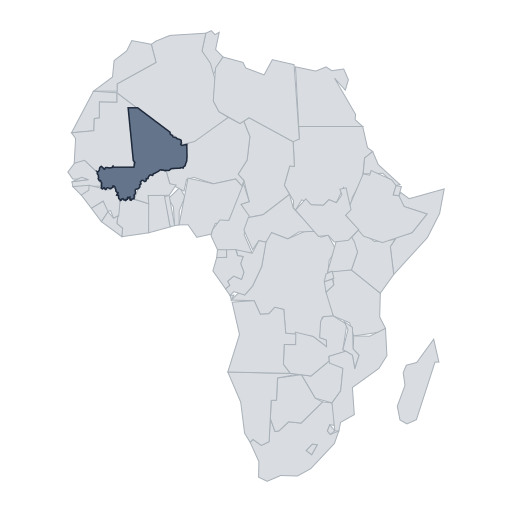 Mali highlighted on a map of Africa
{"feature_id": "MLI", "entity_name": "Mali", "entity_type": "country or territory", "adm_level": 0, "iso_a3": "MLI", "parent_name": "Africa", "parent_adm1": "", "projection": "robinson", "projection_center": [-5.437, 17.569], "detail": "fine", "context": "in_parent", "style": "filled", "palette": "slate", "viewbox_px": 512, "rotation_deg": 0, "n_neighbors": 49, "source": "natural_earth", "source_scale": "50m", "svg_char_len": 15433}
<svg xmlns="http://www.w3.org/2000/svg" viewBox="0 0 512 512"><path d="M351.4,269.9L380.3,293.2L379.7,317.0L385.5,328.4L381.0,332.0L353.7,335.9L349.6,322.8L333.3,316.0L327.3,304.7L326.0,292.1L333.8,284.9L332.1,271.0L351.4,269.9Z" fill="#d9dde1" stroke="#a8b0b8" stroke-width="1"/><path d="M117.0,92.8L117.0,102.3L99.4,102.0L99.4,118.0L94.3,118.5L93.9,130.7L71.5,132.8L93.5,91.2L117.0,92.8Z" fill="#d9dde1" stroke="#a8b0b8" stroke-width="1"/><path d="M326.0,292.1L333.3,316.0L322.2,317.2L319.7,337.6L326.4,340.0L326.6,346.8L313.1,336.5L285.7,333.2L283.8,309.5L274.8,307.3L268.8,313.8L260.3,314.3L254.2,300.7L231.4,300.1L239.3,292.1L244.7,295.0L252.6,286.0L261.7,266.6L266.5,237.7L271.6,232.5L287.8,238.8L305.6,231.1L315.1,231.3L321.0,237.2L328.1,235.2L336.2,250.2L329.2,260.2L326.0,292.1Z" fill="#d9dde1" stroke="#a8b0b8" stroke-width="1"/><path d="M393.7,274.5L390.3,246.6L396.5,237.5L412.0,232.7L427.0,214.0L404.2,206.6L397.8,197.9L400.7,192.4L409.1,198.7L444.2,188.9L439.6,213.5L427.4,237.6L393.7,274.5Z" fill="#d9dde1" stroke="#a8b0b8" stroke-width="1"/><path d="M380.3,293.2L351.4,269.9L357.5,252.1L351.7,237.4L358.7,229.6L374.4,241.5L395.0,239.5L390.3,246.6L393.7,274.5L380.3,293.2Z" fill="#d9dde1" stroke="#a8b0b8" stroke-width="1"/><path d="M299.3,212.6L295.1,209.8L293.2,208.0L293.6,200.9L284.3,185.3L289.7,166.0L294.4,166.5L293.1,139.0L299.3,139.0L298.7,126.5L362.7,126.5L367.5,147.7L372.7,151.5L364.6,158.0L362.5,179.2L352.2,197.6L351.0,209.7L343.5,187.5L336.4,202.7L328.9,199.7L323.4,205.3L311.2,204.8L301.8,199.8L295.5,210.1L299.3,212.6Z" fill="#d9dde1" stroke="#a8b0b8" stroke-width="1"/><path d="M293.1,141.7L294.4,166.5L289.7,166.0L284.3,185.3L289.6,194.4L263.1,214.7L248.3,217.6L240.9,204.3L249.2,201.6L244.0,180.7L238.1,174.2L247.1,160.1L249.9,136.6L243.7,121.2L249.0,117.7L293.1,141.7Z" fill="#d9dde1" stroke="#a8b0b8" stroke-width="1"/><path d="M250.2,442.4L252.9,439.4L261.3,445.4L269.1,441.7L270.4,418.7L275.0,431.5L278.9,430.9L288.6,421.8L301.1,423.1L322.6,401.9L332.0,402.9L335.2,416.2L334.0,425.4L329.8,424.7L327.4,431.0L330.3,434.4L338.8,431.0L334.4,443.5L310.8,468.6L297.4,476.0L280.7,475.5L267.1,481.3L258.6,477.2L258.9,461.7L250.2,442.4ZM317.2,444.8L312.4,444.2L306.2,450.6L311.7,454.7L317.2,444.8Z" fill="#d9dde1" stroke="#a8b0b8" stroke-width="1"/><path d="M317.2,444.8L311.7,454.7L306.2,450.6L312.4,444.2L317.2,444.8Z" fill="#d9dde1" stroke="#a8b0b8" stroke-width="1"/><path d="M332.0,402.9L315.2,398.2L301.3,374.7L311.0,376.0L329.3,360.8L342.9,368.3L340.7,390.8L332.0,402.9Z" fill="#d9dde1" stroke="#a8b0b8" stroke-width="1"/><path d="M322.6,401.9L301.1,423.1L288.6,421.8L278.9,430.9L275.0,431.5L270.4,418.7L271.2,400.4L276.5,400.2L277.5,378.0L301.3,374.7L315.2,398.2L322.6,401.9Z" fill="#d9dde1" stroke="#a8b0b8" stroke-width="1"/><path d="M271.2,400.4L269.1,441.7L261.3,445.4L252.9,439.4L250.2,442.4L244.6,433.2L240.7,402.1L227.8,372.0L300.4,373.7L277.5,378.0L276.5,400.2L271.2,400.4Z" fill="#d9dde1" stroke="#a8b0b8" stroke-width="1"/><path d="M72.7,179.0L67.8,172.0L76.1,161.2L84.6,160.3L97.6,172.7L101.1,186.2L72.8,186.6L71.9,181.8L88.4,179.6L72.7,179.0Z" fill="#d9dde1" stroke="#a8b0b8" stroke-width="1"/><path d="M71.5,132.8L93.9,130.7L94.3,118.5L99.4,118.0L99.4,102.0L117.0,102.3L117.0,92.8L137.1,108.0L128.9,108.1L133.8,167.1L100.4,167.8L97.6,172.7L84.6,160.3L74.2,163.2L75.6,138.5L71.5,132.8Z" fill="#d9dde1" stroke="#a8b0b8" stroke-width="1"/><path d="M179.1,224.9L174.6,225.6L173.4,206.9L168.4,198.6L179.8,187.5L185.0,196.9L179.2,210.8L179.1,224.9Z" fill="#d9dde1" stroke="#a8b0b8" stroke-width="1"/><path d="M243.7,121.2L249.9,136.6L247.1,160.1L238.1,174.2L244.0,180.7L241.8,186.0L235.7,179.0L213.5,183.8L193.9,177.4L186.6,179.4L184.0,191.1L169.7,183.7L166.1,170.7L183.9,166.7L187.0,144.3L228.2,117.4L240.0,123.5L243.7,121.2Z" fill="#d9dde1" stroke="#a8b0b8" stroke-width="1"/><path d="M179.1,224.9L188.0,178.1L213.5,183.8L235.7,179.0L244.0,188.5L228.9,220.4L215.1,223.7L211.2,234.1L196.8,237.3L188.1,224.8L179.1,224.9Z" fill="#d9dde1" stroke="#a8b0b8" stroke-width="1"/><path d="M243.5,183.6L249.2,201.6L240.9,204.3L249.2,215.9L244.1,234.4L252.2,253.2L217.5,249.7L211.1,235.9L212.5,229.7L219.9,220.0L228.9,220.4L243.5,183.6Z" fill="#d9dde1" stroke="#a8b0b8" stroke-width="1"/><path d="M169.1,195.3L174.6,225.6L170.1,226.9L163.9,197.1L169.1,195.3Z" fill="#d9dde1" stroke="#a8b0b8" stroke-width="1"/><path d="M164.3,195.1L170.1,226.9L148.6,232.8L148.1,195.5L164.3,195.1Z" fill="#d9dde1" stroke="#a8b0b8" stroke-width="1"/><path d="M120.1,200.2L130.1,198.2L148.7,203.7L148.6,232.8L121.8,236.7L122.6,228.3L116.9,223.6L120.1,200.2Z" fill="#d9dde1" stroke="#a8b0b8" stroke-width="1"/><path d="M89.1,185.3L108.4,190.0L114.1,187.1L120.1,200.2L118.7,215.9L113.6,218.3L110.6,210.6L106.5,211.8L103.2,201.2L91.4,208.3L81.2,195.0L89.1,185.3Z" fill="#d9dde1" stroke="#a8b0b8" stroke-width="1"/><path d="M72.8,186.6L89.1,185.3L88.8,190.2L81.2,195.0L72.8,186.6Z" fill="#d9dde1" stroke="#a8b0b8" stroke-width="1"/><path d="M117.8,215.9L116.9,223.6L122.6,228.3L121.8,236.7L101.3,221.6L108.0,211.5L113.6,218.3L117.8,215.9Z" fill="#d9dde1" stroke="#a8b0b8" stroke-width="1"/><path d="M91.4,208.3L103.2,201.2L108.0,211.5L101.3,221.6L91.4,208.3Z" fill="#d9dde1" stroke="#a8b0b8" stroke-width="1"/><path d="M134.5,199.2L140.7,181.3L158.2,170.4L166.1,170.7L169.7,183.7L176.1,185.1L169.1,195.3L148.1,195.5L148.7,203.7L134.5,199.2Z" fill="#d9dde1" stroke="#a8b0b8" stroke-width="1"/><path d="M315.1,231.3L298.8,232.0L287.8,238.8L271.6,232.5L266.0,242.1L258.8,240.7L252.6,249.8L243.9,229.9L248.3,217.6L263.1,214.7L289.6,194.4L293.2,208.0L315.1,231.3Z" fill="#d9dde1" stroke="#a8b0b8" stroke-width="1"/><path d="M266.0,242.1L261.7,266.6L252.6,286.0L244.7,295.0L233.9,291.7L230.0,295.4L225.5,288.8L229.7,285.4L227.6,281.2L233.7,276.1L241.5,279.4L243.9,272.3L240.7,263.7L243.1,256.5L237.6,255.7L236.4,249.8L252.2,253.2L258.8,240.7L266.0,242.1Z" fill="#d9dde1" stroke="#a8b0b8" stroke-width="1"/><path d="M226.5,249.8L235.7,249.5L237.6,255.7L243.1,256.5L240.7,263.7L243.9,272.3L241.5,279.4L233.7,276.1L227.6,281.2L229.7,285.4L225.5,288.8L212.9,270.9L216.7,257.6L226.6,257.3L226.5,249.8Z" fill="#d9dde1" stroke="#a8b0b8" stroke-width="1"/><path d="M217.5,249.7L226.5,249.8L226.6,257.3L216.7,257.6L217.5,249.7Z" fill="#d9dde1" stroke="#a8b0b8" stroke-width="1"/><path d="M333.3,316.0L346.8,324.4L342.9,349.6L345.7,351.2L328.9,356.4L329.3,360.8L311.0,376.0L290.2,373.4L283.4,364.4L284.2,344.5L295.6,344.6L295.4,332.2L313.1,336.5L326.6,346.8L326.4,340.0L319.7,337.6L320.6,321.2L323.7,316.5L333.3,316.0Z" fill="#d9dde1" stroke="#a8b0b8" stroke-width="1"/><path d="M344.2,321.6L352.4,327.4L353.2,348.8L359.1,355.2L354.8,368.9L352.4,355.2L342.9,349.6L348.0,329.7L344.2,321.6Z" fill="#d9dde1" stroke="#a8b0b8" stroke-width="1"/><path d="M353.7,335.9L369.6,336.2L385.5,328.4L386.9,355.7L378.9,368.4L352.4,387.5L354.3,414.6L340.6,422.3L338.8,431.0L334.8,430.9L332.0,402.9L340.7,390.8L342.9,368.3L329.5,363.1L328.9,356.4L345.7,351.2L352.4,355.2L354.8,368.9L359.1,355.2L353.2,348.8L353.7,335.9Z" fill="#d9dde1" stroke="#a8b0b8" stroke-width="1"/><path d="M334.8,430.9L330.3,434.4L327.4,431.0L329.8,424.7L334.8,430.9Z" fill="#d9dde1" stroke="#a8b0b8" stroke-width="1"/><path d="M230.0,295.4L233.9,295.1L231.4,300.1L230.0,295.4ZM232.1,302.1L254.2,300.7L260.3,314.3L268.8,313.8L274.8,307.3L283.8,309.5L285.7,333.2L295.9,334.1L295.6,344.6L284.2,344.5L283.4,364.4L290.2,373.4L227.8,372.0L239.5,334.5L232.1,302.1Z" fill="#d9dde1" stroke="#a8b0b8" stroke-width="1"/><path d="M332.3,279.0L333.8,284.9L326.0,292.1L324.3,281.7L332.3,279.0Z" fill="#d9dde1" stroke="#a8b0b8" stroke-width="1"/><path d="M433.7,339.2L438.9,362.1L435.0,362.1L416.4,419.7L406.9,423.9L400.0,420.0L397.3,406.2L405.0,385.3L403.2,372.7L406.3,365.2L416.7,362.5L433.7,339.2Z" fill="#d9dde1" stroke="#a8b0b8" stroke-width="1"/><path d="M71.9,181.8L81.6,177.3L88.4,179.6L71.9,181.8Z" fill="#d9dde1" stroke="#a8b0b8" stroke-width="1"/><path d="M213.3,74.7L202.0,51.0L205.8,33.2L211.3,30.7L215.0,34.6L219.2,32.3L215.6,49.5L223.0,57.0L213.3,74.7Z" fill="#d9dde1" stroke="#a8b0b8" stroke-width="1"/><path d="M117.0,92.8L117.2,83.8L156.0,62.4L151.3,44.3L156.3,40.9L170.0,35.4L205.8,33.2L202.0,51.0L210.5,63.4L215.2,80.2L213.3,101.0L219.0,111.7L228.2,117.4L194.6,141.5L181.0,144.9L180.9,141.0L117.0,92.8Z" fill="#d9dde1" stroke="#a8b0b8" stroke-width="1"/><path d="M363.2,173.9L364.6,158.0L372.7,151.5L378.2,164.5L400.0,184.6L396.1,185.6L382.8,173.3L363.2,173.9Z" fill="#d9dde1" stroke="#a8b0b8" stroke-width="1"/><path d="M93.5,91.2L112.5,77.0L114.1,60.6L126.7,50.9L131.8,40.6L151.3,44.3L156.0,62.4L117.2,83.8L117.1,91.2L93.5,91.2Z" fill="#d9dde1" stroke="#a8b0b8" stroke-width="1"/><path d="M362.7,126.5L298.7,126.5L295.5,66.8L315.7,71.1L326.1,66.9L331.8,70.7L343.7,69.0L348.4,79.7L345.3,90.2L334.5,78.1L355.6,114.5L355.1,119.7L362.7,126.5Z" fill="#d9dde1" stroke="#a8b0b8" stroke-width="1"/><path d="M294.1,64.7L299.3,139.0L293.1,141.7L249.0,117.7L240.0,123.5L219.0,111.7L213.3,101.0L215.5,68.0L223.0,57.0L243.0,62.4L245.8,68.0L264.1,74.9L272.3,59.7L294.1,64.7Z" fill="#d9dde1" stroke="#a8b0b8" stroke-width="1"/><path d="M427.0,214.0L412.0,232.7L382.4,242.6L363.6,236.2L345.5,215.3L363.2,173.9L369.6,175.2L371.1,170.5L391.7,179.9L396.1,185.6L393.2,194.9L398.9,195.7L404.2,206.6L427.0,214.0Z" fill="#d9dde1" stroke="#a8b0b8" stroke-width="1"/><path d="M396.1,185.6L401.4,186.6L398.9,195.7L393.2,194.9L396.1,185.6Z" fill="#d9dde1" stroke="#a8b0b8" stroke-width="1"/><path d="M351.4,269.9L327.5,272.3L336.5,240.3L351.7,237.4L354.4,241.7L357.5,252.1L351.4,269.9Z" fill="#d9dde1" stroke="#a8b0b8" stroke-width="1"/><path d="M332.1,271.0L333.9,278.2L324.3,281.7L325.9,274.1L332.1,271.0Z" fill="#d9dde1" stroke="#a8b0b8" stroke-width="1"/><path d="M334.3,242.0L328.1,235.2L318.5,236.4L295.5,210.1L305.8,198.9L311.2,204.8L323.4,205.3L328.9,199.7L336.4,202.7L341.9,194.7L339.9,189.2L346.1,187.9L351.0,209.7L345.5,215.3L358.7,229.6L348.4,240.3L334.3,242.0Z" fill="#d9dde1" stroke="#a8b0b8" stroke-width="1"/><path d="M101.8,186.5L101.8,186.0L101.4,185.7L101.5,185.1L101.6,184.2L101.6,183.8L101.8,183.1L101.5,182.8L101.5,182.6L101.2,182.2L100.9,181.7L100.8,181.3L100.7,180.9L100.4,180.4L100.2,180.4L99.8,180.3L99.7,180.5L99.4,180.8L99.1,180.5L99.0,180.2L98.7,179.6L98.2,178.8L98.2,178.2L98.5,177.8L98.6,177.6L98.7,177.3L98.5,176.9L98.4,176.7L98.4,176.1L98.4,175.2L98.1,174.8L97.9,174.5L97.5,174.2L97.2,173.6L97.4,172.9L97.5,172.5L97.0,171.5L97.9,171.9L98.1,171.7L98.4,171.5L98.8,171.0L99.2,170.3L99.4,169.5L99.5,168.7L99.6,168.1L99.8,167.6L100.3,167.1L100.7,166.7L101.3,166.3L101.5,166.4L102.0,166.9L103.1,168.0L103.9,168.9L104.3,169.3L104.5,169.3L105.0,168.5L105.5,167.8L105.6,167.6L106.2,167.6L106.8,167.5L107.2,167.5L108.0,167.7L108.4,167.8L108.7,167.9L109.8,167.9L110.8,167.8L111.8,167.5L112.5,167.4L112.5,167.1L112.5,166.7L112.6,166.4L112.8,166.1L113.0,166.0L113.1,167.0L113.3,167.1L113.9,167.2L115.0,167.2L116.1,167.2L117.2,167.2L118.3,167.2L119.4,167.2L120.5,167.2L121.7,167.2L122.8,167.2L123.9,167.2L125.0,167.2L126.1,167.2L127.2,167.2L128.3,167.2L129.5,167.2L130.6,167.2L131.7,167.2L132.8,167.2L133.9,167.2L134.3,165.3L134.5,163.7L134.8,162.3L134.0,161.3L133.3,160.5L133.2,159.0L133.0,157.4L132.9,155.9L132.7,154.3L132.5,152.8L132.4,151.2L132.2,149.6L132.1,148.1L131.9,146.5L131.8,145.0L131.6,143.4L131.5,141.9L131.3,140.3L131.2,138.8L131.0,137.2L130.9,135.7L130.7,134.1L130.6,132.6L130.4,131.0L130.2,129.5L130.1,127.9L129.9,126.3L129.8,124.8L129.6,123.2L129.5,121.7L129.3,120.1L129.2,118.6L129.0,117.0L128.9,115.5L128.7,113.9L128.6,112.4L128.4,110.8L128.3,109.3L128.1,107.8L129.8,107.8L131.6,107.8L133.3,107.8L135.8,107.8L137.7,107.8L139.3,109.0L140.8,110.2L142.5,111.5L144.3,112.8L146.1,114.2L147.8,115.5L149.6,116.8L151.4,118.2L153.2,119.5L154.9,120.9L156.7,122.2L158.5,123.5L160.3,124.9L162.0,126.2L163.8,127.5L165.6,128.9L167.4,130.2L169.2,131.6L170.0,132.2L170.0,132.4L170.1,132.9L170.1,133.5L170.1,133.9L170.3,134.2L170.8,134.6L172.5,135.6L172.6,135.8L172.7,136.2L172.9,136.7L173.3,137.0L173.7,137.2L174.3,137.3L175.8,137.5L176.2,137.7L176.9,138.6L177.2,138.8L178.3,139.1L179.0,139.2L179.4,139.3L180.0,139.6L180.8,140.0L181.2,140.4L181.2,140.5L181.2,140.8L181.2,141.8L181.3,142.3L181.5,142.7L181.5,143.0L181.3,143.1L181.2,143.3L181.1,143.6L180.9,144.0L180.7,144.3L180.8,144.6L181.1,144.8L181.5,145.2L181.9,145.4L182.1,145.4L182.3,145.4L182.5,145.3L183.9,145.0L185.1,144.8L186.8,144.4L186.8,145.5L186.8,147.1L186.9,149.0L186.9,150.7L186.9,152.6L187.0,154.1L187.0,156.0L187.0,157.8L186.8,158.0L186.8,159.0L186.8,160.4L186.5,161.8L185.9,162.8L185.7,163.8L185.5,164.4L185.3,164.7L185.3,165.0L185.2,165.5L185.0,165.9L184.8,166.1L184.3,166.3L183.2,167.2L183.2,168.0L182.0,167.8L180.7,167.6L180.4,168.1L178.7,168.2L177.3,168.3L175.4,168.3L174.2,168.4L172.6,168.5L171.1,168.6L170.2,169.5L169.3,170.3L169.2,170.4L168.0,170.5L166.4,170.4L165.6,170.4L165.3,170.5L165.2,170.8L164.1,170.4L162.8,169.9L161.8,170.2L161.7,170.1L161.6,169.9L161.1,169.8L160.4,169.8L159.9,170.0L159.1,170.7L158.5,171.3L158.3,171.4L157.5,171.8L155.9,172.6L155.0,173.2L154.8,173.3L154.4,173.5L153.8,173.5L153.3,173.7L152.8,175.3L152.5,175.5L150.6,174.8L150.3,174.9L149.9,175.1L148.9,176.1L148.4,176.8L148.1,177.8L148.1,178.2L148.1,178.5L147.7,178.8L146.6,178.6L146.3,178.6L146.2,179.2L146.2,180.3L146.0,181.0L145.5,181.2L145.1,181.5L144.8,181.6L144.5,181.5L143.0,180.4L142.5,180.2L141.9,180.4L141.4,180.8L141.1,181.2L140.8,181.5L140.4,182.0L140.5,182.4L140.8,182.9L141.0,183.5L141.0,184.0L139.6,184.8L139.7,185.1L139.9,185.4L139.9,185.9L139.9,186.9L139.6,187.2L139.2,187.6L139.0,188.0L138.8,188.3L138.4,188.5L137.9,188.8L136.9,189.0L136.2,189.2L135.9,189.4L135.5,189.7L135.2,190.1L135.1,190.5L135.2,191.0L135.3,191.4L135.4,191.6L135.5,192.0L135.4,192.9L135.1,194.0L134.8,194.4L134.4,194.7L134.1,195.0L134.2,195.7L134.2,196.7L134.1,197.5L134.1,198.0L134.0,198.5L133.9,198.8L133.7,198.7L132.9,198.8L132.1,199.1L131.8,199.3L131.8,199.6L131.6,199.8L131.3,200.0L131.1,200.3L130.6,200.2L130.2,200.0L130.0,199.9L129.9,199.8L130.1,199.5L130.2,199.2L130.1,198.5L130.0,198.0L130.0,197.8L129.9,197.0L129.3,197.2L129.1,197.2L128.9,197.3L129.0,197.9L128.9,198.0L128.6,198.0L128.2,197.8L127.7,197.4L127.6,197.5L127.5,197.9L127.5,198.3L127.6,199.0L127.5,199.3L127.1,199.3L126.7,199.3L126.3,199.3L126.0,199.4L125.9,199.6L125.8,199.9L126.0,200.3L125.8,200.5L125.7,200.6L125.2,200.2L124.8,200.1L123.8,199.9L123.7,199.4L123.3,199.1L123.0,198.7L122.9,198.8L122.7,198.9L122.1,198.8L121.7,199.4L121.3,200.0L120.9,200.3L120.5,200.5L120.3,200.5L120.4,200.1L120.4,199.8L120.2,199.5L119.0,198.8L118.8,198.5L118.6,197.6L118.5,196.8L118.5,196.3L118.6,195.9L118.6,195.6L118.4,195.3L118.1,195.1L117.7,194.9L117.2,195.3L116.8,195.3L116.6,195.2L117.2,194.1L117.4,193.8L117.8,193.5L118.0,193.3L118.1,193.1L118.1,192.8L117.7,192.7L117.2,192.3L116.9,192.2L116.7,192.0L116.4,191.4L116.0,191.2L115.8,191.0L115.8,190.2L115.8,189.5L115.3,188.3L115.1,187.6L114.8,186.8L114.6,186.5L114.2,186.2L113.7,186.0L113.2,185.9L112.8,186.0L112.7,186.1L113.0,186.7L113.0,187.0L112.9,187.4L112.6,187.4L112.2,187.6L111.6,187.9L111.2,188.1L110.9,188.7L110.7,188.8L110.3,188.7L109.3,188.3L108.4,187.9L107.9,187.7L107.5,187.8L107.3,187.9L106.8,188.1L106.1,189.1L106.0,189.4L105.8,189.5L105.6,189.6L105.3,189.5L104.9,188.8L104.6,188.1L104.2,187.7L103.9,187.7L103.5,187.9L103.2,188.4L102.7,188.8L102.4,189.0L102.2,188.9L101.6,188.4L101.2,188.0L101.1,187.8L101.3,187.5L101.4,187.0L101.6,186.6L101.8,186.5Z" fill="#64748b" stroke="#1e293b" stroke-width="1.5"/></svg>